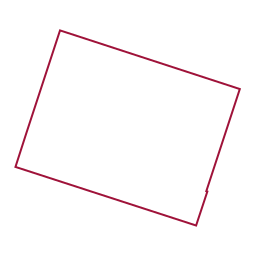 the district of Cloud, Kansas, United States of America, rotated 198°
{"feature_id": "52423323B72487446056915", "entity_name": "Cloud", "entity_type": "district", "adm_level": 2, "iso_a3": "USA", "parent_name": "United States of America", "parent_adm1": "Kansas", "projection": "robinson", "projection_center": [-97.65, 39.48], "detail": "fine", "context": "isolated", "style": "outline", "palette": "rose", "viewbox_px": 256, "rotation_deg": 198, "n_neighbors": 0, "source": "geoboundaries", "source_scale": "gbopen_adm2", "svg_char_len": 252}
<svg xmlns="http://www.w3.org/2000/svg" viewBox="0 0 256 256"><g transform="rotate(198 128 128)"><path d="M223.0,56.2L33.1,56.3L32.9,92.1L34.0,92.1L33.7,199.6L222.8,199.8L223.1,92.1L223.0,56.2Z" fill="none" stroke="#9f1239" stroke-width="2"/></g></svg>